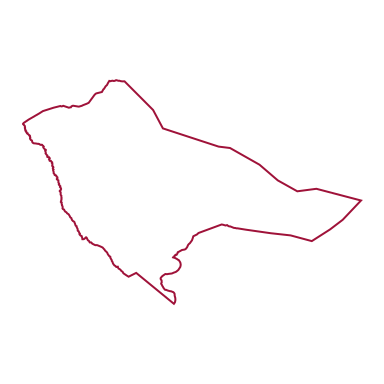 Bo'xmoron, Uvs, Mongolia (Natural Earth projection)
{"feature_id": "93677404B1133858650203", "entity_name": "Bo'xmoron", "entity_type": "district", "adm_level": 2, "iso_a3": "MNG", "parent_name": "Mongolia", "parent_adm1": "Uvs", "projection": "natural_earth1", "projection_center": [90.299, 49.813], "detail": "fine", "context": "isolated", "style": "outline", "palette": "rose", "viewbox_px": 384, "rotation_deg": 0, "n_neighbors": 0, "source": "geoboundaries", "source_scale": "gbopen_adm2", "svg_char_len": 5614}
<svg xmlns="http://www.w3.org/2000/svg" viewBox="0 0 384 384"><path d="M124.5,81.3L123.7,81.3L122.9,81.4L120.9,81.2L119.3,80.7L118.5,80.8L116.4,80.2L115.7,80.3L114.9,80.8L113.8,81.0L112.6,80.7L111.9,80.9L111.3,80.9L110.6,81.2L109.3,80.9L108.0,83.0L107.0,85.0L105.6,86.3L104.0,88.9L103.4,89.3L101.9,92.0L96.3,93.4L95.6,93.8L94.5,94.9L88.7,102.8L86.6,103.8L83.2,105.1L81.8,105.8L79.0,106.6L78.4,106.6L73.0,105.7L71.5,106.3L70.9,107.3L69.9,107.4L68.9,107.7L63.2,105.8L62.2,106.3L61.2,106.4L60.4,106.0L53.6,107.7L42.9,111.1L39.3,113.4L28.6,119.6L23.9,122.8L23.3,123.4L23.0,123.9L23.1,124.2L23.5,124.4L23.9,124.8L23.9,125.0L24.1,125.1L24.3,125.4L24.7,125.8L24.7,126.0L24.8,126.1L25.0,127.0L24.9,127.2L25.0,127.4L24.9,127.6L25.0,127.8L25.1,128.1L24.9,128.5L25.0,129.0L25.3,129.4L25.3,130.1L25.7,130.3L25.8,130.6L25.9,130.9L26.0,131.0L25.7,131.2L26.1,131.9L26.4,132.2L26.8,132.9L27.3,133.1L27.2,133.3L27.4,133.4L27.4,133.6L27.5,133.7L27.5,133.8L27.8,134.0L28.2,134.2L28.5,134.5L28.7,134.8L29.2,135.1L29.3,135.3L29.3,135.5L29.5,135.6L29.8,135.6L30.0,135.9L30.1,136.3L29.9,136.7L30.1,137.4L30.3,137.6L30.3,138.0L30.1,138.2L30.0,138.7L30.9,140.0L31.8,140.4L32.0,140.7L32.3,142.1L32.7,142.7L33.7,143.3L36.0,143.5L37.5,143.8L38.5,143.8L38.8,144.0L39.5,144.1L40.0,144.6L40.3,144.8L41.0,144.9L41.8,144.7L42.2,144.9L42.5,145.5L43.1,145.8L43.2,146.1L43.7,146.5L43.4,147.0L43.3,147.5L44.6,149.1L44.9,149.4L45.5,149.6L45.8,149.8L45.9,150.0L45.7,150.4L45.2,150.5L45.1,150.8L45.5,151.4L45.6,152.1L45.8,152.8L45.8,153.0L45.6,153.5L46.1,154.1L46.6,154.8L47.4,155.5L47.2,156.4L47.3,156.9L47.8,157.1L49.0,157.2L49.7,158.1L49.8,158.3L49.7,158.5L49.2,158.9L49.0,159.2L49.1,159.4L49.4,159.6L49.5,159.9L49.5,160.6L49.8,160.9L50.9,160.9L51.5,161.8L52.2,162.3L52.2,162.5L51.8,162.8L51.8,163.0L52.4,163.8L52.5,164.0L52.4,164.4L52.2,165.2L52.2,165.8L52.4,166.2L53.1,166.5L53.4,167.4L53.4,167.5L53.2,167.7L52.9,167.9L52.8,168.1L52.8,168.4L53.0,169.1L53.5,169.5L53.4,169.7L53.1,170.2L53.2,170.8L53.5,171.3L53.7,172.2L53.6,173.1L54.1,173.8L54.7,174.4L54.7,175.0L55.1,175.2L55.5,175.2L55.8,175.4L56.2,175.5L56.3,175.6L56.3,176.2L56.7,176.8L57.3,177.1L57.4,177.3L57.5,178.1L57.4,178.4L56.8,178.9L56.8,179.2L57.0,179.5L57.6,179.7L57.8,180.0L58.4,180.4L58.4,182.5L59.1,183.6L58.8,184.2L58.8,184.5L58.9,184.8L59.5,185.1L59.8,185.7L60.3,186.1L60.3,186.3L59.9,186.9L59.9,187.0L60.4,187.3L60.6,187.5L60.7,188.1L60.8,188.3L61.0,188.5L61.1,188.8L61.1,189.1L60.9,189.6L60.8,189.9L60.6,190.2L60.1,190.4L59.9,190.7L59.7,191.0L59.8,191.4L60.5,192.0L60.7,192.6L60.6,194.2L60.6,194.4L60.8,195.0L61.4,195.8L61.3,197.0L61.6,197.8L61.6,198.2L61.3,199.0L61.5,199.4L61.5,199.9L61.1,200.7L61.2,201.4L60.8,201.9L60.8,202.0L61.1,202.3L61.7,202.6L61.6,203.2L61.6,203.8L62.0,204.6L61.9,205.0L62.0,205.4L62.0,205.5L62.4,206.0L62.7,207.1L62.5,208.4L62.8,208.9L63.0,209.1L64.1,209.6L64.4,210.4L65.1,211.5L66.4,212.3L66.8,212.8L67.0,213.2L67.2,213.4L68.2,214.0L68.7,214.4L69.8,216.2L70.2,217.2L70.5,217.5L71.3,218.0L71.9,219.8L72.9,221.0L73.8,221.5L74.2,221.8L74.4,222.0L74.6,222.8L75.0,223.6L75.5,225.3L75.8,225.8L76.6,226.2L76.6,226.4L76.8,227.5L77.5,228.6L77.6,229.2L77.7,229.7L77.7,230.6L77.8,230.8L78.6,231.2L78.9,232.0L79.2,232.5L79.4,233.1L79.9,233.6L79.8,234.0L79.5,234.2L79.6,234.5L80.6,235.6L81.5,235.9L81.7,236.2L81.8,236.3L81.8,236.9L82.2,237.7L82.3,238.6L82.4,239.2L83.5,239.2L84.1,239.0L84.9,238.4L85.8,237.4L86.1,237.3L86.3,237.4L86.7,237.8L87.0,238.5L87.8,240.1L88.2,240.5L88.9,240.9L89.2,241.3L89.6,242.2L89.9,242.5L91.1,242.4L91.7,242.9L91.9,243.3L92.3,243.7L94.9,245.0L95.6,245.2L96.3,245.1L97.3,245.2L100.5,246.5L102.6,247.5L104.0,249.1L104.5,249.5L104.7,250.0L104.9,250.4L107.0,252.4L107.3,252.9L107.6,253.7L107.9,254.3L108.3,254.9L109.0,255.7L109.2,256.1L109.5,256.3L109.9,256.4L110.4,257.0L110.3,257.4L110.4,257.8L110.6,258.3L111.7,260.1L111.8,261.0L112.4,261.7L113.0,263.5L114.0,264.9L114.5,265.5L115.4,265.9L116.2,266.9L116.7,267.0L117.8,266.7L117.9,266.9L117.9,267.2L118.3,268.2L118.6,268.6L119.6,269.1L120.6,269.9L120.9,270.4L121.3,270.9L121.7,271.2L122.5,271.7L122.9,272.3L123.2,273.0L123.7,273.5L124.6,274.1L126.2,275.2L128.6,276.7L136.2,272.9L173.9,303.8L174.4,303.1L174.9,302.3L175.1,301.7L175.2,301.0L175.4,300.1L175.3,298.0L174.7,295.8L174.6,294.6L174.6,293.9L174.4,293.5L174.2,293.1L173.7,292.5L173.2,292.1L172.5,291.9L171.7,291.5L171.1,291.3L169.6,291.1L168.7,290.8L167.6,290.5L166.3,289.9L165.5,289.9L164.8,289.6L163.3,287.6L163.0,286.9L162.4,286.0L161.9,284.9L161.2,283.8L161.2,283.3L161.7,282.5L161.6,280.5L161.4,280.1L160.8,279.4L160.6,278.4L160.7,278.0L162.0,276.4L163.0,275.6L165.2,274.1L165.6,274.0L167.0,274.2L168.5,273.9L171.8,273.5L172.8,273.1L173.6,272.7L175.1,272.2L176.2,271.7L177.3,270.8L178.3,270.0L180.3,266.9L180.6,265.5L180.7,264.8L180.6,263.9L180.3,262.5L179.7,261.5L179.0,260.4L178.5,259.9L178.0,259.8L177.6,259.5L177.1,259.1L175.1,258.0L173.1,257.4L173.2,257.2L173.5,257.1L173.8,257.1L174.4,256.9L174.5,255.8L175.1,255.5L175.3,255.0L175.5,254.8L175.7,254.7L176.1,254.8L176.3,254.9L176.6,254.8L176.8,254.4L177.5,253.4L177.6,252.6L177.8,252.2L178.2,252.1L182.0,250.0L184.8,249.5L185.9,248.8L187.1,247.2L187.4,246.6L187.7,245.8L188.2,244.8L189.0,243.9L189.8,243.3L192.0,240.3L192.8,238.0L193.1,236.9L193.4,236.2L196.9,234.5L198.5,233.0L221.6,224.5L222.9,224.7L224.2,225.1L225.6,225.5L227.1,225.1L228.3,226.0L229.2,226.4L230.2,226.4L233.9,227.9L235.3,228.0L236.3,228.3L237.3,228.3L246.0,229.7L270.6,233.2L290.6,235.4L311.8,241.1L330.1,229.4L342.7,219.8L361.0,200.5L316.4,188.8L297.3,191.3L277.8,180.4L259.5,164.7L230.0,148.0L218.6,146.6L162.9,128.4L153.1,110.0L124.5,81.3Z" fill="none" stroke="#9f1239" stroke-width="2"/></svg>